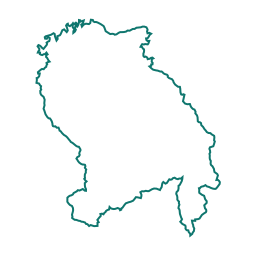 Itapetininga, São Paulo, Brazil (Albers equal-area conic projection), rotated 88°
{"feature_id": "56859067B64120734896846", "entity_name": "Itapetininga", "entity_type": "district", "adm_level": 2, "iso_a3": "BRA", "parent_name": "Brazil", "parent_adm1": "São Paulo", "projection": "albers", "projection_center": [-48.114, -23.635], "detail": "fine", "context": "isolated", "style": "outline", "palette": "teal", "viewbox_px": 256, "rotation_deg": 88, "n_neighbors": 0, "source": "geoboundaries", "source_scale": "gbopen_adm2", "svg_char_len": 5785}
<svg xmlns="http://www.w3.org/2000/svg" viewBox="0 0 256 256"><g transform="rotate(88 128 128)"><path d="M237.6,69.5L236.1,67.5L234.8,67.0L233.4,65.8L230.8,65.3L228.7,66.2L227.1,66.3L225.6,66.9L222.8,67.3L223.1,64.1L221.7,64.1L221.5,61.2L221.0,59.7L217.5,57.2L215.9,54.9L214.9,53.1L213.7,52.6L212.2,52.8L211.1,53.8L207.9,54.5L205.6,52.0L203.9,51.9L202.7,52.8L201.7,53.4L198.4,54.3L197.3,56.5L195.3,59.0L194.2,59.1L192.3,58.9L190.7,59.2L190.5,58.1L189.5,57.2L189.1,56.2L188.8,54.5L187.8,52.6L189.1,51.2L189.8,49.0L190.7,47.4L191.5,45.4L191.8,44.1L191.9,42.5L190.7,41.2L187.2,38.4L185.3,38.1L184.0,38.9L182.9,40.1L183.0,41.4L178.5,39.8L177.1,40.4L175.0,43.1L173.3,43.4L172.0,43.5L169.2,44.9L168.0,46.2L166.7,46.7L163.8,46.4L162.3,47.2L160.8,47.4L157.9,47.2L156.7,47.5L155.3,46.7L153.4,46.8L151.7,47.4L150.2,46.8L149.2,43.4L147.7,42.8L144.4,41.7L143.4,42.4L140.2,42.0L138.8,42.2L137.2,44.7L136.0,45.8L135.8,47.7L134.8,49.4L133.1,50.5L132.0,51.5L129.4,53.0L127.8,54.6L125.6,54.9L124.8,55.9L124.6,57.1L123.7,58.0L119.7,58.1L117.8,58.6L115.7,60.2L114.1,59.9L111.9,60.9L111.2,62.5L109.7,63.9L108.4,64.6L106.2,65.3L106.3,67.9L105.6,70.1L103.2,72.1L96.7,70.4L96.2,71.5L96.7,72.6L96.3,73.7L94.2,74.3L90.7,74.4L88.7,74.7L88.5,76.6L86.2,79.4L84.0,80.8L82.4,81.2L80.8,82.3L79.5,85.3L78.3,86.5L77.0,86.4L76.1,87.2L75.3,89.5L74.5,90.7L73.6,91.4L72.7,92.4L72.7,93.8L71.7,96.3L71.4,97.9L70.6,100.8L69.3,102.4L67.2,104.4L66.7,102.7L65.3,102.6L65.2,101.3L63.8,101.1L62.6,102.0L59.8,101.7L59.3,100.3L58.5,101.1L58.7,102.5L59.6,104.0L59.9,105.9L58.3,106.3L57.2,107.9L57.6,109.2L56.5,110.1L54.0,110.0L53.0,109.5L51.3,109.2L49.9,109.3L49.2,110.3L47.5,111.2L47.3,112.6L46.2,112.0L44.7,110.9L45.1,109.2L44.7,108.0L45.1,105.4L44.3,104.7L41.7,103.7L41.7,105.5L40.6,106.6L39.1,106.8L39.0,105.3L37.2,103.9L36.0,103.4L34.6,101.6L33.6,103.4L34.0,105.2L32.0,105.6L30.6,105.0L29.6,105.3L28.0,106.1L27.2,108.3L27.2,110.0L27.8,111.7L28.1,116.1L29.2,117.9L29.2,119.8L30.8,122.9L30.6,125.1L31.6,126.6L32.0,129.0L31.9,132.4L32.5,133.9L34.0,136.3L34.3,138.0L33.6,138.9L33.3,140.3L33.5,142.5L30.5,146.9L26.8,148.1L25.3,148.8L23.2,151.7L21.5,154.7L20.9,156.3L21.0,157.6L20.3,158.9L18.8,159.4L18.5,161.3L21.8,162.1L22.8,163.4L22.3,166.3L22.6,167.5L23.3,168.9L25.1,170.5L23.0,171.1L22.2,169.8L21.0,169.1L19.0,168.5L20.1,171.9L18.7,172.0L18.4,173.2L20.7,173.3L23.2,174.1L24.5,174.9L23.3,175.5L21.6,175.6L20.9,176.4L21.8,177.7L23.6,176.7L25.1,176.7L26.6,177.6L26.8,178.8L25.3,179.7L23.5,179.8L22.3,178.7L21.3,179.3L22.4,180.1L24.2,182.5L23.4,184.1L21.7,184.5L22.2,185.5L23.6,186.3L25.5,185.5L28.5,184.8L30.0,185.9L27.2,188.4L28.0,190.2L31.8,192.0L32.9,192.8L33.8,195.4L36.6,195.2L38.1,196.4L33.8,197.8L31.5,198.0L30.7,199.1L32.2,201.8L33.5,207.1L34.3,208.0L35.8,207.7L36.0,206.0L34.3,205.0L35.3,203.1L36.6,203.1L38.4,203.7L39.1,205.4L39.9,206.4L41.0,205.9L42.2,206.4L46.0,209.7L45.0,211.0L43.5,212.2L42.5,213.4L42.0,214.6L43.2,215.5L45.7,213.9L47.3,214.0L48.3,215.0L49.5,215.5L49.6,213.3L51.1,213.5L51.8,212.3L52.1,211.1L51.3,209.6L51.3,208.4L49.8,206.9L51.6,205.8L52.5,207.2L54.1,207.4L55.1,206.4L57.7,205.1L58.9,204.1L59.4,206.0L60.2,207.2L61.4,206.5L62.5,207.3L64.0,207.6L64.9,209.0L66.3,210.2L66.0,211.9L66.7,213.1L69.1,216.1L70.5,215.9L70.5,214.3L73.2,215.0L74.6,216.3L74.9,217.5L76.9,217.4L79.7,217.9L80.5,215.3L82.3,214.4L83.2,213.4L85.1,213.9L86.6,213.4L87.8,214.4L90.4,214.3L92.0,213.5L93.9,211.3L96.8,210.3L100.3,210.8L102.3,210.6L105.8,211.7L107.3,211.1L111.5,209.9L114.3,208.2L115.5,207.0L115.7,205.7L117.0,204.8L118.8,203.9L120.8,203.4L122.5,203.3L123.5,202.9L123.9,201.7L123.8,200.5L125.2,199.2L125.2,197.4L126.8,196.8L128.2,196.5L129.0,195.3L130.5,194.3L132.6,192.4L133.9,190.4L135.2,189.1L137.9,187.1L138.7,186.4L139.9,185.7L141.0,183.9L144.1,180.4L144.8,179.2L145.1,177.7L147.7,176.3L148.8,176.3L150.5,177.3L151.8,177.6L153.2,177.2L154.6,178.0L155.3,179.6L156.8,180.6L157.9,179.8L159.0,179.3L160.8,178.0L162.3,176.1L162.9,174.7L163.0,173.4L163.3,172.3L164.7,171.9L166.2,172.5L168.1,171.2L169.3,171.7L171.1,171.7L172.8,172.7L175.1,172.9L176.5,172.7L177.3,173.5L179.1,172.3L179.9,171.3L181.6,173.1L184.1,173.1L185.8,172.9L187.7,172.1L189.3,172.2L189.1,173.4L187.4,175.3L188.8,178.6L188.4,180.3L189.5,181.4L191.1,184.6L192.5,185.4L193.3,186.9L193.6,188.3L194.3,189.6L195.5,191.0L199.6,191.2L201.3,190.1L202.9,188.7L204.0,186.7L206.1,185.8L208.2,185.7L209.9,186.1L212.8,187.0L214.7,186.6L215.9,187.0L217.1,185.6L217.9,184.4L218.0,182.9L219.0,180.5L219.2,179.2L220.0,177.8L220.2,176.2L221.0,174.2L222.4,173.3L222.7,171.9L224.6,170.3L223.7,168.7L224.9,165.3L224.8,161.9L221.6,161.8L221.1,160.6L218.8,161.8L216.1,159.5L215.3,158.5L214.1,158.3L213.0,158.6L212.7,157.0L213.4,155.5L212.0,154.6L211.3,153.5L210.1,152.8L209.3,151.5L208.8,149.8L206.3,149.2L207.6,148.0L208.2,146.6L208.5,145.0L208.4,143.7L207.6,141.1L208.5,139.3L209.9,138.8L209.4,137.6L208.0,137.3L207.5,136.3L204.6,134.1L203.2,132.8L202.2,129.8L201.8,127.9L200.8,125.4L199.5,124.2L197.4,122.5L197.6,121.0L198.5,117.6L196.6,117.0L195.1,116.9L192.6,117.9L191.7,116.2L191.9,114.4L191.4,112.4L191.8,110.7L191.8,109.4L190.0,106.1L189.4,104.1L189.6,101.7L191.1,98.2L190.1,97.7L188.2,96.4L187.0,96.2L184.4,95.6L183.2,94.6L184.9,92.5L184.3,91.1L180.7,88.5L181.2,87.2L180.9,86.0L179.7,84.8L179.3,83.1L180.4,81.6L180.9,79.9L180.3,78.7L180.4,76.9L179.1,75.3L180.8,75.5L183.1,76.2L186.7,78.3L187.5,79.5L190.2,79.6L192.2,80.1L193.8,81.7L195.5,82.1L197.5,81.3L199.0,81.1L201.3,81.2L202.3,80.6L203.3,79.6L204.9,79.8L206.5,79.3L207.7,79.9L209.8,80.4L211.0,79.6L212.1,79.3L215.6,79.1L219.6,77.9L221.0,77.2L222.7,78.2L223.5,79.0L225.7,77.1L227.5,74.1L229.0,73.8L230.2,74.1L231.3,73.7L232.2,72.8L232.4,71.3L234.2,70.9L235.9,69.5L237.6,69.5ZM26.6,177.6L27.9,176.7L29.7,177.6L31.0,179.3L29.3,179.2L28.0,177.9L26.6,177.6Z" fill="none" stroke="#0f766e" stroke-width="2"/></g></svg>